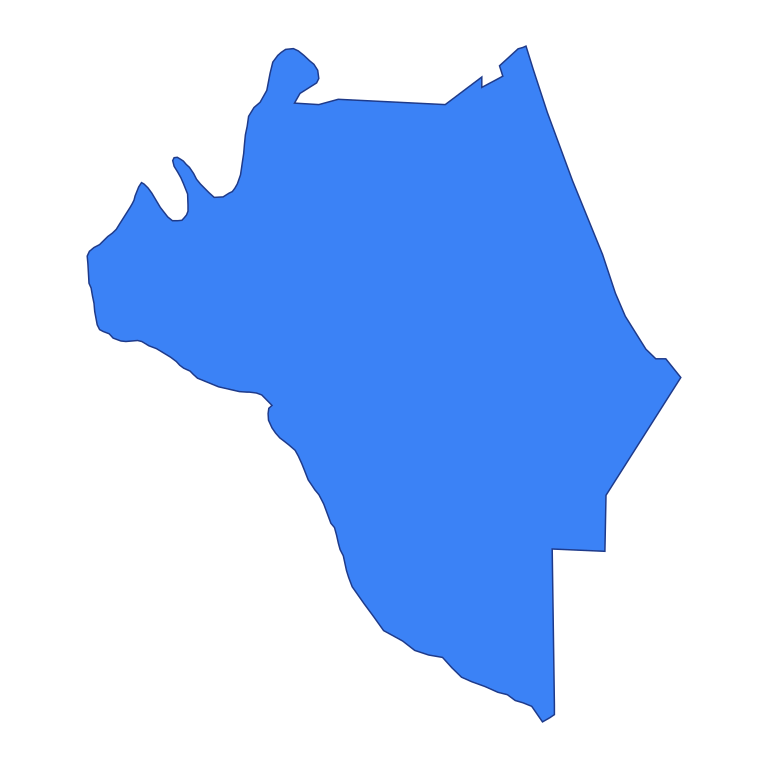 outline of Kuala Langat, Selangor, Malaysia
{"feature_id": "92858781B2422133740592", "entity_name": "Kuala Langat", "entity_type": "district", "adm_level": 2, "iso_a3": "MYS", "parent_name": "Malaysia", "parent_adm1": "Selangor", "projection": "equal_earth", "projection_center": [101.422, 2.81], "detail": "fine", "context": "isolated", "style": "filled", "palette": "blue", "viewbox_px": 768, "rotation_deg": 0, "n_neighbors": 0, "source": "geoboundaries", "source_scale": "gbopen_adm2", "svg_char_len": 2255}
<svg xmlns="http://www.w3.org/2000/svg" viewBox="0 0 768 768"><path d="M526.0,46.1L522.8,47.5L518.1,48.8L499.5,65.8L502.8,76.2L481.8,87.4L481.8,77.0L445.2,104.6L338.2,99.3L318.8,104.6L294.5,103.1L300.0,93.4L316.6,82.9L318.8,78.5L317.7,70.3L313.9,64.3L309.4,60.6L303.9,55.4L298.3,50.9L293.4,48.6L285.6,49.4L281.2,52.4L277.8,55.4L272.8,62.1L270.1,73.2L266.8,90.4L260.1,102.3L254.0,107.5L248.6,116.3L247.2,126.2L245.4,134.8L244.4,144.9L243.7,153.4L242.6,160.6L241.5,168.2L240.5,174.9L239.0,179.2L237.3,184.0L234.8,188.3L232.3,191.6L229.1,193.1L223.1,196.9L214.2,197.4L208.9,192.6L200.4,184.0L196.5,179.2L193.6,173.5L189.4,167.3L186.2,164.4L183.4,161.1L180.5,159.2L177.3,157.3L174.1,157.7L172.7,160.6L174.1,166.3L177.7,172.1L180.9,177.8L183.4,183.5L187.6,194.0L188.0,205.0L188.0,211.2L186.5,215.0L184.1,217.9L181.9,220.3L177.7,220.7L175.2,220.7L172.4,220.7L167.7,216.9L160.3,207.4L151.8,193.1L147.9,187.8L144.0,184.0L141.5,182.6L138.7,186.9L135.1,195.9L134.0,200.2L132.3,203.6L130.1,207.4L119.5,224.1L116.3,229.3L112.4,233.1L107.8,236.5L102.5,241.7L99.6,244.6L94.0,247.5L89.4,251.3L87.2,256.1L87.9,263.7L89.0,283.3L91.1,288.0L92.5,296.1L94.0,303.3L94.7,311.4L97.2,324.8L99.6,329.6L103.2,331.5L109.2,333.8L113.1,338.1L120.9,341.0L125.9,341.5L137.6,340.5L141.8,341.5L148.9,345.8L156.4,348.6L163.5,352.9L170.6,357.2L176.3,361.5L179.8,365.3L183.7,368.2L190.1,371.1L193.3,374.4L197.5,378.2L218.5,386.8L239.4,391.6L246.8,392.1L249.3,392.1L256.4,393.0L261.7,394.9L272.0,405.4L268.8,408.3L268.1,413.6L268.5,420.2L272.0,427.9L275.6,433.1L279.8,437.9L284.8,441.7L289.1,445.1L295.1,450.3L298.3,456.0L301.8,463.7L304.3,469.9L308.2,479.9L311.8,485.2L314.9,489.9L318.9,494.7L322.4,501.4L323.8,504.2L330.9,523.3L334.5,527.6L336.6,535.3L338.4,543.4L340.1,549.6L343.3,555.8L346.5,570.6L348.6,577.3L352.2,586.8L364.3,604.0L373.1,615.9L383.6,630.6L402.6,641.0L414.7,650.4L428.6,655.0L442.5,657.4L452.0,667.9L461.5,677.2L471.9,681.8L484.9,686.5L497.9,692.3L507.4,694.7L515.2,700.5L523.0,702.8L531.7,706.3L542.5,721.9L550.0,717.6L554.4,714.6L554.4,704.9L552.2,549.0L604.9,551.3L606.0,495.3L680.8,377.5L665.8,358.8L655.8,358.8L645.9,349.2L625.3,316.3L615.4,293.2L602.6,254.6L572.5,180.7L547.3,112.4L533.1,69.0L526.0,46.1Z" fill="#3b82f6" stroke="#1e3a8a" stroke-width="1.5"/></svg>